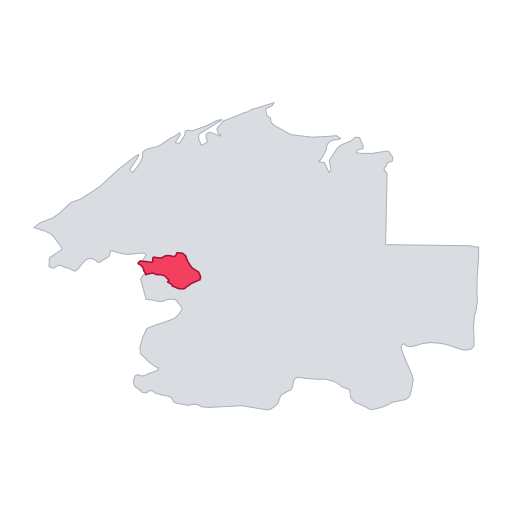 location of Boumi-Louetsi, Ngounié, Gabon, rotated 91°
{"feature_id": "22940354B74910664495270", "entity_name": "Boumi-Louetsi", "entity_type": "district", "adm_level": 2, "iso_a3": "GAB", "parent_name": "Gabon", "parent_adm1": "Ngounié", "projection": "equal_earth", "projection_center": [11.888, -2.012], "detail": "fine", "context": "in_parent", "style": "filled", "palette": "rose", "viewbox_px": 512, "rotation_deg": 91, "n_neighbors": 0, "source": "geoboundaries", "source_scale": "gbopen_adm2", "svg_char_len": 5518}
<svg xmlns="http://www.w3.org/2000/svg" viewBox="0 0 512 512"><g transform="rotate(91 256 256)"><path d="M346.4,43.4L346.2,48.4L342.0,60.7L340.0,70.1L339.5,80.2L340.7,88.3L342.7,94.1L344.0,100.4L343.0,104.7L341.0,106.6L342.4,108.8L345.4,109.4L350.7,107.4L358.7,104.1L369.2,99.2L376.1,96.6L387.5,98.3L393.6,100.1L396.8,103.5L400.1,118.0L401.8,120.2L404.6,126.3L406.9,133.7L407.4,137.4L407.1,140.1L404.8,144.1L402.2,150.0L401.3,153.5L399.1,156.2L396.3,158.8L388.7,159.8L387.5,161.4L385.4,167.6L381.3,172.9L379.5,177.9L377.9,184.6L378.2,192.8L377.4,204.7L376.6,212.8L378.6,215.6L387.7,217.6L389.5,219.2L391.9,224.2L395.0,228.8L403.4,231.8L406.6,235.4L409.2,239.3L409.6,242.5L407.7,255.5L405.9,267.9L406.6,277.3L407.2,286.3L408.2,299.5L407.8,307.5L405.4,312.4L405.4,316.2L406.5,320.8L404.4,333.6L403.1,335.8L399.3,338.1L397.4,341.6L396.7,347.0L394.7,354.4L392.6,357.1L392.6,360.5L394.6,363.0L394.6,366.8L390.9,371.4L388.6,374.9L383.7,376.6L378.0,374.8L376.6,372.3L378.0,368.3L377.5,365.1L375.6,361.8L372.5,353.2L369.8,351.4L368.3,354.9L363.7,361.4L355.5,369.8L349.8,370.5L339.3,367.9L330.4,363.9L326.3,354.1L323.6,346.0L319.9,336.6L315.6,332.1L311.1,329.3L309.1,329.1L302.6,334.3L300.7,336.4L300.7,340.8L301.3,344.9L302.3,346.9L303.1,349.5L303.0,353.6L301.8,359.1L301.4,365.1L281.1,371.0L277.6,368.9L275.1,366.2L272.0,366.6L263.2,369.7L259.9,367.6L256.7,366.0L255.3,367.3L255.1,369.9L256.6,384.1L256.2,389.5L254.2,396.6L253.1,401.4L258.5,402.7L260.5,405.0L262.4,408.5L265.0,411.9L265.1,413.9L262.2,417.6L261.2,422.2L262.6,425.7L266.2,429.5L271.6,433.3L274.2,435.9L273.9,438.2L271.5,443.1L270.5,447.3L268.8,451.1L269.2,454.6L271.6,457.8L271.3,460.7L269.7,462.9L266.4,462.5L263.5,462.8L261.0,461.9L253.1,450.6L251.4,450.3L239.9,458.9L237.0,462.5L234.7,467.6L231.5,478.6L226.3,472.2L221.8,460.4L216.5,453.2L205.5,441.6L202.5,433.0L189.9,414.0L171.8,395.1L158.6,378.6L156.6,375.0L158.9,375.4L171.5,383.6L173.2,382.7L174.7,380.8L169.2,376.5L164.0,373.2L159.1,371.1L154.2,371.2L151.5,367.8L149.7,362.5L148.8,357.9L146.6,353.2L139.6,343.5L137.9,339.7L134.1,334.5L136.4,333.9L143.9,338.8L144.6,336.8L143.9,333.9L136.4,329.3L132.4,329.0L131.4,325.7L132.0,321.9L126.6,307.7L121.0,297.0L120.2,292.0L135.2,315.1L137.2,315.5L139.8,315.3L146.1,312.7L144.9,309.6L142.1,306.3L139.3,307.8L135.8,308.1L134.0,306.8L133.1,304.4L136.7,293.1L135.1,293.7L134.0,295.7L132.1,296.7L129.1,297.3L121.7,291.2L115.1,275.0L113.4,271.7L111.7,266.0L109.9,263.7L102.4,240.6L105.3,242.3L108.7,249.0L115.4,247.6L118.0,243.7L120.2,243.8L122.5,243.0L125.5,239.3L134.0,223.4L136.2,202.4L135.5,189.9L134.3,177.6L137.1,173.6L138.2,176.2L138.7,180.6L140.1,183.9L143.1,186.8L148.7,187.6L157.5,192.2L160.6,195.1L161.4,189.2L171.4,184.3L168.4,182.5L159.5,184.5L147.3,177.0L143.2,172.3L139.4,163.4L135.5,158.7L135.8,154.5L144.5,150.6L146.9,151.1L147.8,155.7L150.2,157.6L151.1,156.9L151.5,153.0L151.5,142.4L148.8,127.2L149.6,124.3L152.0,123.3L154.2,121.3L155.7,120.9L158.6,121.3L160.1,124.8L161.0,126.7L164.0,127.6L166.4,129.5L168.5,129.0L170.3,126.8L172.9,126.3L180.9,126.4L188.1,126.4L202.6,126.5L217.0,126.5L231.5,126.6L242.4,126.6L242.3,118.0L242.3,104.6L242.2,88.8L242.1,73.6L242.1,59.6L242.0,43.0L242.6,38.3L243.3,36.3L243.1,33.5L254.3,33.4L274.5,34.6L283.3,34.4L285.9,34.6L296.9,33.8L305.9,34.9L309.7,36.0L313.1,36.6L323.8,37.3L337.8,36.4L342.6,36.6L345.2,38.9L346.4,43.4Z" fill="#d9dde1" stroke="#a8b0b8" stroke-width="1"/><path d="M280.8,311.6L280.2,311.5L279.5,311.5L279.0,311.3L279.0,311.2L278.6,310.9L278.1,311.0L277.1,311.3L276.2,311.6L274.9,312.1L273.8,312.8L273.0,313.2L272.1,314.6L269.3,319.2L268.7,319.9L266.8,321.3L264.7,322.8L263.2,323.7L262.2,324.2L261.4,324.5L260.9,324.7L260.3,325.0L259.9,325.5L259.6,325.8L259.2,326.0L258.6,326.0L258.2,325.8L257.7,325.8L257.1,326.3L256.7,326.7L256.4,327.2L255.8,327.9L255.1,328.6L254.7,329.2L254.5,329.9L254.3,330.7L254.3,331.5L254.2,332.4L254.2,333.4L254.2,334.5L254.3,335.3L254.8,335.4L255.3,335.6L256.2,335.9L257.0,336.3L257.5,336.9L257.8,337.5L257.8,338.8L257.8,339.5L257.5,340.6L257.2,341.6L257.1,342.7L257.1,343.9L257.1,345.1L257.4,346.4L257.8,347.5L258.5,348.5L259.4,350.3L259.6,351.0L259.6,352.2L259.5,353.2L259.5,354.0L259.4,355.0L259.2,355.9L259.0,356.7L258.9,357.5L259.0,358.4L259.6,359.0L260.5,359.2L261.3,359.2L262.1,359.1L262.9,359.1L263.6,359.3L264.0,360.2L264.0,361.2L263.9,362.4L263.7,363.8L263.5,364.9L263.4,366.6L263.2,369.2L262.9,371.5L263.0,371.7L264.6,373.5L265.7,373.7L266.4,372.5L266.9,371.7L267.6,370.5L268.0,370.1L269.4,369.1L270.1,368.6L270.9,368.1L272.2,368.2L273.5,367.5L274.3,366.8L275.6,366.2L276.6,366.0L276.6,365.7L276.4,365.1L276.1,364.3L275.8,363.2L275.6,362.4L275.3,361.5L275.2,360.7L275.0,359.3L275.0,358.3L275.2,357.7L275.5,357.0L276.0,356.4L276.2,355.7L276.3,355.0L276.4,354.1L276.4,353.3L276.4,352.3L276.3,351.4L276.4,350.6L276.7,349.4L277.1,348.2L277.4,347.3L277.7,346.7L278.2,346.0L278.7,345.6L279.1,345.4L279.5,345.0L279.9,344.6L280.4,344.0L280.7,343.5L281.3,343.0L281.8,342.6L282.2,342.6L282.5,342.9L282.7,343.3L283.0,343.8L283.5,343.8L283.9,343.5L284.2,342.8L284.7,341.8L285.0,341.3L285.3,340.6L285.7,340.0L286.0,339.5L286.4,339.2L287.0,339.3L287.4,339.3L287.8,338.5L288.1,337.5L288.5,336.4L288.9,335.6L289.3,334.7L289.6,334.0L289.8,333.3L290.0,332.3L290.1,331.5L290.2,330.6L290.2,328.6L289.9,327.5L289.7,326.6L288.2,325.1L287.7,324.5L287.2,323.5L286.6,322.7L286.2,322.1L285.5,321.4L284.6,320.2L284.1,319.1L283.7,318.0L283.0,316.6L282.2,315.0L281.9,314.1L281.5,313.5L281.1,312.9L280.9,312.2L280.8,311.6Z" fill="#f43f5e" stroke="#9f1239" stroke-width="1.5"/></g></svg>